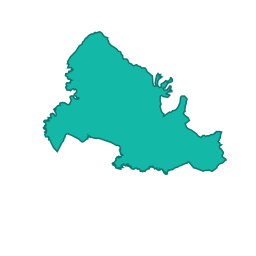 Na Kae, Nakhon Phanom, Thailand (Albers equal-area conic projection), rotated 224°
{"feature_id": "78962969B53080362722064", "entity_name": "Na Kae", "entity_type": "district", "adm_level": 2, "iso_a3": "THA", "parent_name": "Thailand", "parent_adm1": "Nakhon Phanom", "projection": "albers", "projection_center": [104.436, 16.963], "detail": "fine", "context": "isolated", "style": "filled", "palette": "teal", "viewbox_px": 256, "rotation_deg": 224, "n_neighbors": 0, "source": "geoboundaries", "source_scale": "gbopen_adm2", "svg_char_len": 5896}
<svg xmlns="http://www.w3.org/2000/svg" viewBox="0 0 256 256"><g transform="rotate(224 128 128)"><path d="M215.2,177.6L217.3,173.8L218.1,173.9L218.5,171.0L219.6,170.3L220.6,166.7L220.3,165.4L220.8,162.9L220.0,159.5L220.3,158.5L219.3,156.2L220.1,153.1L218.8,147.4L218.8,139.3L217.5,133.8L217.0,133.7L216.3,132.0L214.7,132.8L213.2,129.3L210.7,132.1L210.1,132.0L209.3,130.5L208.8,131.9L208.2,131.9L207.8,130.9L208.7,130.2L208.2,129.0L209.9,128.0L209.9,127.5L209.0,127.3L209.2,125.4L210.5,123.8L209.4,122.2L206.9,122.9L206.3,121.8L205.5,121.6L204.2,121.9L204.1,122.9L202.8,122.7L201.6,123.3L202.0,122.1L201.0,120.9L201.0,120.2L201.7,120.2L202.0,118.9L203.1,118.4L203.4,117.7L202.8,116.3L201.1,115.8L201.3,114.1L198.5,112.9L197.6,113.2L196.8,114.6L195.3,114.8L195.1,117.8L194.5,118.3L193.2,118.0L192.6,119.7L190.7,119.0L189.9,117.8L190.0,114.8L189.2,113.8L187.6,114.8L185.5,114.3L184.5,115.6L183.8,115.1L184.1,114.0L185.7,112.6L187.9,112.2L189.8,112.7L190.7,112.1L191.4,110.6L191.2,109.9L188.0,108.4L186.5,104.4L187.5,102.9L191.2,102.1L192.9,100.8L194.1,98.8L193.9,98.0L192.7,97.6L192.6,97.2L193.9,95.6L194.1,91.4L193.5,90.4L194.3,90.4L194.4,89.9L193.4,89.7L193.3,91.3L192.8,91.4L192.2,89.2L189.5,88.4L188.4,86.6L189.4,85.7L190.8,86.5L191.2,86.1L191.7,86.5L192.5,86.1L192.7,85.0L193.3,84.9L193.2,83.8L190.4,81.8L190.9,81.6L191.3,80.1L191.8,80.8L192.7,80.0L191.2,79.1L191.4,78.5L190.0,78.8L189.8,78.0L191.0,76.7L191.7,76.3L191.7,77.0L193.1,75.9L193.3,74.5L192.3,73.9L191.8,74.5L189.2,73.4L188.7,72.6L189.5,71.9L188.8,71.5L189.0,71.1L188.5,70.4L189.2,69.7L188.9,69.3L187.7,69.1L188.0,70.0L187.1,69.8L187.4,70.3L186.8,70.7L186.7,70.1L185.1,69.7L184.7,69.3L184.9,68.7L184.4,69.1L183.8,68.1L184.3,68.1L184.6,67.1L183.9,67.2L183.4,65.6L181.2,64.4L179.7,65.8L179.8,66.2L179.1,66.4L179.0,66.1L177.7,65.9L177.5,64.9L176.9,64.4L176.3,65.2L168.0,62.2L162.5,61.9L165.5,72.1L165.5,74.1L166.4,75.2L167.1,77.8L168.1,78.9L168.3,80.1L167.8,81.7L163.6,83.6L156.0,85.8L151.4,86.0L150.7,86.9L150.0,91.2L149.4,92.4L150.2,92.7L150.3,93.8L150.7,93.8L150.5,94.3L150.8,94.2L150.7,95.0L151.2,95.2L149.7,95.5L149.6,94.9L148.7,94.9L148.6,95.4L143.9,98.2L142.0,100.3L130.2,105.9L124.1,107.5L123.5,108.5L121.7,109.1L119.5,108.4L119.4,107.8L118.8,107.7L118.8,106.3L118.0,106.6L117.4,105.4L115.6,105.0L115.6,104.3L114.7,104.0L113.6,105.0L112.9,104.8L113.4,103.6L112.9,102.3L114.5,101.5L113.5,101.0L113.8,100.2L114.2,99.9L115.0,100.6L115.7,99.7L115.4,97.4L114.2,96.8L114.4,96.2L113.8,93.7L114.6,92.7L114.6,91.5L113.5,91.2L113.1,91.6L112.6,91.0L111.9,92.1L112.7,92.1L113.2,92.8L111.7,92.4L111.3,92.7L110.6,91.5L110.0,92.0L109.8,91.4L109.0,90.9L108.2,91.5L107.6,91.4L106.6,93.4L106.1,92.4L105.0,93.1L104.7,93.4L105.5,93.6L105.1,93.9L105.4,94.8L104.6,95.7L105.0,95.6L105.3,96.3L106.5,95.9L106.7,96.6L105.9,97.7L105.8,98.4L106.3,98.4L105.9,99.2L104.9,98.7L104.1,99.4L103.4,99.2L102.9,99.8L102.9,100.4L103.5,100.8L103.1,101.2L103.5,101.4L103.2,101.9L102.8,101.3L101.8,101.7L101.7,100.5L100.9,100.9L101.3,101.1L100.8,101.5L99.6,101.3L100.2,102.0L99.8,102.4L99.4,102.0L98.6,102.3L98.2,101.5L96.7,101.4L95.2,102.2L95.2,103.9L93.7,105.2L92.7,104.9L91.5,106.3L89.1,105.9L89.0,105.5L88.3,105.9L88.3,106.7L86.4,106.9L87.4,107.2L87.3,107.6L85.6,108.7L86.1,110.4L85.5,111.2L85.6,112.1L84.5,113.1L84.6,113.9L85.2,113.9L85.0,115.0L85.6,115.3L84.9,116.1L84.5,115.8L84.0,116.2L83.9,116.5L84.5,116.7L84.0,117.4L83.4,117.7L83.0,117.0L82.1,117.5L80.4,117.1L79.7,118.7L79.5,118.1L78.3,118.7L78.2,118.4L77.0,118.6L77.1,119.0L76.5,119.3L76.7,119.8L76.4,119.6L75.7,120.2L75.8,121.4L75.4,121.8L74.3,121.7L74.2,122.1L73.2,121.5L72.2,121.7L72.5,121.4L71.4,120.9L70.4,120.8L70.2,121.4L69.4,121.0L69.4,121.7L68.6,121.2L68.0,121.6L68.3,122.0L68.0,122.6L68.9,123.5L69.7,125.9L69.1,126.7L68.6,126.5L68.3,127.7L67.2,128.7L66.5,132.2L65.3,134.0L64.7,136.7L64.1,137.2L62.0,142.6L61.1,143.8L61.2,145.0L60.4,145.9L52.9,145.0L51.7,146.0L43.9,149.2L43.7,150.2L40.2,154.1L37.4,155.3L36.5,160.7L37.3,162.8L37.2,165.9L35.6,168.8L35.7,171.9L35.2,173.2L36.4,173.5L40.2,172.8L41.2,173.8L41.9,176.1L43.0,176.9L46.6,177.5L47.7,177.3L49.1,177.9L49.6,179.0L49.1,180.8L49.9,180.4L51.2,180.5L52.0,181.1L52.5,180.6L53.8,180.7L54.0,182.9L54.6,183.6L54.7,184.7L57.0,187.9L57.8,190.1L59.8,188.9L62.1,186.7L61.6,185.2L62.2,184.5L61.8,184.1L62.5,182.1L63.6,181.0L64.4,178.5L65.6,177.4L66.3,175.9L67.8,175.7L68.9,174.7L68.9,171.9L71.9,171.0L74.5,171.4L80.9,170.5L84.3,169.2L86.6,169.2L89.8,170.8L89.1,176.0L91.9,177.1L96.0,176.4L98.3,177.0L98.9,179.1L98.6,179.8L99.6,180.3L102.3,184.1L103.4,186.5L104.5,187.3L105.4,189.5L106.1,190.1L109.7,190.1L111.5,188.3L111.5,186.6L108.3,182.6L106.4,177.4L106.2,173.9L107.9,171.4L107.9,169.1L109.2,168.3L110.6,161.2L111.8,163.0L113.5,162.8L115.8,163.3L120.2,165.9L120.6,168.0L123.6,169.7L126.7,173.0L126.9,174.6L124.5,175.1L120.7,177.7L120.7,180.6L121.8,180.7L123.4,179.2L124.4,179.2L124.0,181.4L124.3,182.3L123.3,182.7L122.1,184.2L123.2,184.2L122.4,185.3L123.1,185.5L124.4,184.5L125.0,185.3L124.8,186.3L125.7,187.6L126.3,187.9L127.1,187.4L126.3,182.6L128.4,180.2L130.4,181.0L129.2,182.5L130.5,187.7L128.6,192.0L128.9,192.9L130.2,193.8L131.8,194.1L132.3,193.7L131.5,192.3L131.4,190.1L132.2,189.1L131.9,188.3L132.9,188.6L133.8,188.2L133.7,185.7L134.6,183.1L134.5,182.3L132.6,180.7L133.3,179.0L135.6,179.0L137.6,180.3L139.0,182.3L139.7,184.4L139.0,188.4L140.5,187.7L141.3,188.6L141.2,187.0L142.4,188.3L143.1,187.4L143.6,188.0L144.3,188.0L143.8,185.5L140.0,179.7L139.1,178.8L136.8,177.9L137.6,176.7L138.9,176.2L141.6,177.8L146.5,182.3L153.4,181.8L156.9,183.1L158.1,182.5L159.9,180.5L161.9,180.7L163.5,179.6L165.8,179.5L167.2,176.7L168.5,176.3L169.8,176.5L172.3,175.4L175.4,176.6L176.8,176.7L179.0,174.6L180.5,174.7L182.0,176.3L184.2,176.5L186.0,177.5L186.9,177.4L188.1,176.5L191.1,176.9L198.1,175.6L201.0,176.0L202.3,176.9L204.4,177.5L205.4,178.8L207.5,177.6L209.8,177.4L212.4,178.1L215.2,177.6Z" fill="#14b8a6" stroke="#0f766e" stroke-width="1.5"/></g></svg>